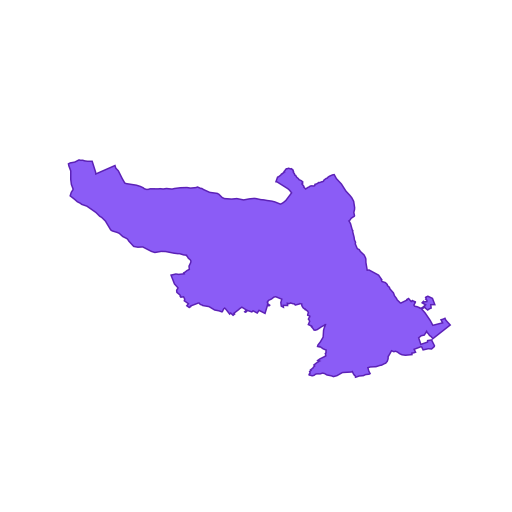 Chinteni, Cluj, Romania, rotated 196°
{"feature_id": "2599482B62695638429632", "entity_name": "Chinteni", "entity_type": "district", "adm_level": 2, "iso_a3": "ROU", "parent_name": "Romania", "parent_adm1": "Cluj", "projection": "robinson", "projection_center": [23.558, 46.886], "detail": "fine", "context": "isolated", "style": "filled", "palette": "violet", "viewbox_px": 512, "rotation_deg": 196, "n_neighbors": 0, "source": "geoboundaries", "source_scale": "gbopen_adm2", "svg_char_len": 6076}
<svg xmlns="http://www.w3.org/2000/svg" viewBox="0 0 512 512"><g transform="rotate(196 256 256)"><path d="M451.2,262.6L445.8,260.4L442.7,258.9L439.5,258.3L437.8,257.6L432.3,257.3L421.8,253.7L417.1,251.1L415.0,250.6L410.4,248.1L402.8,241.0L401.1,240.5L395.8,240.4L393.7,240.1L389.5,238.0L385.2,237.2L384.1,236.8L382.4,235.3L376.2,231.5L372.0,231.9L367.4,233.5L357.8,231.6L354.2,231.5L348.4,234.3L344.1,235.4L335.6,236.1L331.7,236.7L330.1,237.2L326.0,237.1L323.0,237.6L322.9,237.1L322.0,236.7L320.4,235.2L318.1,234.2L317.3,233.4L317.0,232.5L317.0,231.3L317.6,227.8L316.4,224.8L318.3,223.0L319.7,221.0L320.8,219.9L320.1,219.1L325.2,217.0L328.1,216.6L332.4,214.2L326.7,206.7L322.2,203.9L322.3,202.5L322.6,202.3L322.8,201.4L322.7,200.7L322.0,199.2L318.4,197.6L317.4,196.5L317.6,196.2L316.9,195.7L314.4,196.8L312.6,194.9L312.6,193.2L307.8,191.5L308.8,189.1L306.0,188.1L304.9,189.3L305.2,189.6L305.0,190.0L298.6,194.8L297.7,195.1L296.3,194.1L294.2,194.0L293.6,193.7L287.2,194.4L280.9,192.7L276.3,193.1L273.3,192.9L273.0,193.4L272.5,196.2L271.7,197.3L270.1,196.4L265.3,192.9L264.6,194.2L261.7,192.7L260.6,194.3L261.5,194.8L257.7,199.9L257.4,200.6L255.5,202.9L250.2,201.4L251.5,199.3L251.0,199.1L250.7,199.5L250.3,199.3L249.1,201.3L244.6,201.1L243.7,202.5L239.1,201.5L238.1,204.6L231.5,203.3L231.4,211.5L231.1,211.7L229.8,211.7L229.3,212.5L231.0,213.1L231.6,213.0L231.7,214.2L232.3,214.5L232.4,215.2L231.9,215.9L232.0,216.3L231.6,216.9L229.2,219.0L227.5,221.4L225.9,222.3L219.3,221.6L219.3,218.1L217.9,214.8L215.5,214.3L216.2,216.1L212.0,217.1L212.9,219.2L212.0,219.3L211.9,219.0L211.7,219.0L210.1,220.0L209.9,220.4L207.0,220.3L206.2,220.6L204.7,219.7L201.0,221.9L200.8,222.3L198.8,222.5L198.5,221.4L197.7,220.3L196.3,219.1L194.5,218.4L194.3,218.6L193.9,218.0L193.1,218.1L192.6,217.6L191.3,217.4L190.0,215.9L190.2,214.2L190.0,213.3L187.8,213.1L187.5,212.4L188.2,210.6L188.2,209.7L187.6,209.4L186.4,208.0L186.8,204.5L183.3,204.0L182.9,203.8L183.2,203.3L181.3,202.1L179.8,200.8L178.6,201.0L176.9,202.1L173.5,206.1L171.0,208.5L170.7,209.1L170.3,209.2L170.6,205.2L170.6,203.3L169.1,196.5L170.5,191.0L171.9,187.6L171.9,186.0L169.9,186.1L169.7,186.6L165.9,185.3L162.6,184.9L162.4,183.4L162.0,182.4L162.5,181.4L162.0,181.0L161.9,180.0L161.4,179.4L161.4,179.1L166.2,174.7L167.8,172.7L166.4,172.6L166.5,172.4L166.3,172.4L166.7,172.1L166.8,171.5L167.4,171.2L170.3,167.2L169.3,166.4L170.3,164.7L170.2,164.3L172.2,161.5L171.6,161.1L172.6,159.7L171.7,158.5L172.3,157.1L172.3,156.5L172.0,156.2L171.1,156.4L169.1,156.3L168.4,156.6L167.2,157.4L166.4,158.6L165.1,159.5L161.8,160.4L159.7,161.8L157.6,161.9L155.1,161.2L150.4,161.6L148.3,161.4L145.2,163.3L140.8,167.8L132.3,170.8L131.6,171.5L129.8,169.5L128.6,168.7L128.5,168.4L128.1,168.4L127.1,167.6L126.9,166.9L126.7,167.0L123.7,169.1L119.8,170.6L118.0,172.2L114.7,173.6L113.9,174.4L115.8,176.4L117.7,179.5L115.4,180.9L110.1,182.7L106.7,185.0L105.2,185.7L103.0,187.8L101.8,188.7L100.8,191.0L100.7,193.6L101.3,196.0L101.0,196.4L99.6,202.3L97.1,202.0L95.7,202.9L93.6,202.7L91.0,201.7L88.5,201.3L85.0,201.8L78.9,204.2L79.4,205.6L77.5,206.5L76.1,207.5L78.3,209.9L72.4,214.3L71.5,214.1L69.5,211.8L64.8,214.4L61.6,215.0L59.7,218.0L59.7,218.9L63.5,223.0L63.9,223.8L67.7,222.0L67.4,220.5L73.2,216.5L77.1,222.2L75.2,224.9L72.4,226.4L71.2,230.6L70.3,229.5L69.2,229.0L67.2,227.4L65.6,226.9L63.2,225.3L50.3,243.2L55.8,246.6L57.2,248.2L58.5,247.0L60.6,245.7L58.2,243.2L66.9,238.1L70.7,242.0L77.8,247.9L82.6,251.0L81.1,251.8L79.6,253.3L78.7,252.5L76.1,251.4L74.6,253.2L73.3,254.2L74.6,257.4L70.7,258.5L74.7,263.9L79.7,264.7L81.3,263.4L81.5,262.9L81.0,262.7L80.7,261.6L80.9,261.3L79.5,260.6L79.2,259.3L82.3,258.0L82.6,258.4L83.4,256.8L79.5,255.8L81.5,252.7L83.0,251.2L84.4,251.1L84.4,251.4L87.6,251.7L87.9,251.5L89.8,251.5L90.7,252.4L90.1,255.1L90.6,255.2L90.4,255.9L92.1,256.0L93.3,256.3L93.7,255.2L94.4,255.5L94.6,255.2L97.6,257.2L99.0,255.8L98.7,255.3L103.8,250.7L104.4,250.7L108.3,252.8L109.2,253.9L111.9,255.9L113.7,258.4L118.2,261.3L119.2,262.7L121.5,263.8L122.0,264.8L122.8,265.3L124.4,266.1L127.9,266.2L129.0,267.7L128.7,268.0L132.9,271.4L143.4,273.7L145.2,273.0L148.6,280.1L149.6,283.4L150.3,284.5L152.4,286.8L156.9,289.1L158.6,290.6L160.4,290.9L161.1,291.5L163.9,295.0L164.1,296.6L165.8,298.6L166.9,301.1L169.7,305.9L170.0,307.2L170.6,307.5L174.1,313.2L176.3,315.3L175.9,315.6L174.9,318.5L172.5,321.3L172.4,321.8L174.0,324.9L174.1,327.8L174.5,329.6L177.2,335.5L180.0,338.4L182.4,340.1L187.5,343.2L193.7,348.7L200.0,352.5L203.3,355.8L204.9,355.0L207.2,353.1L208.4,351.8L208.9,350.6L209.9,349.9L211.6,347.7L211.7,346.7L212.4,345.8L213.1,345.6L214.9,344.2L216.2,343.8L216.4,343.3L217.5,342.1L219.1,341.1L218.9,340.1L219.0,339.7L220.1,339.1L221.8,338.8L223.2,338.1L223.9,337.1L224.9,336.3L226.8,334.1L229.1,335.4L229.1,336.1L231.4,337.7L231.1,338.3L231.8,338.7L231.4,340.0L233.0,340.8L235.8,341.3L236.5,342.0L238.6,342.9L240.1,344.4L241.1,344.5L241.9,345.9L242.9,346.4L243.2,346.9L243.1,347.3L243.9,348.1L243.9,348.6L244.4,349.0L245.1,349.1L245.8,349.7L246.3,349.3L249.0,349.3L250.0,348.5L250.9,348.2L251.5,346.9L251.7,346.0L252.2,345.1L252.0,344.8L252.3,344.8L252.4,343.6L253.2,342.9L253.4,342.2L254.1,341.9L254.5,340.6L256.3,338.2L257.0,337.8L257.3,332.9L256.0,333.0L244.0,329.5L241.9,328.5L239.2,326.5L242.6,317.6L244.3,315.1L245.5,313.7L246.9,312.6L252.9,313.2L255.9,313.1L260.7,312.4L264.0,312.1L266.9,311.5L271.7,311.2L273.5,310.9L278.1,309.1L283.3,306.5L290.3,305.9L295.1,304.0L302.2,302.5L304.7,302.9L308.7,305.1L310.5,305.5L318.1,304.4L324.7,305.4L326.8,306.0L327.7,305.7L331.2,306.2L332.6,305.2L337.7,303.2L341.2,302.8L347.4,300.8L353.0,298.4L355.1,297.2L360.7,296.2L363.7,294.8L366.7,294.3L368.4,293.6L376.3,291.4L378.0,290.3L379.8,289.8L381.9,289.9L383.3,290.5L386.5,291.0L390.5,291.1L400.9,289.8L402.3,290.0L406.0,293.6L411.8,299.9L415.0,301.8L416.5,304.1L432.6,290.7L433.3,292.4L439.6,301.9L444.2,300.6L447.0,300.2L448.9,300.3L451.1,299.6L452.6,299.6L456.1,296.3L460.2,294.3L461.7,292.9L460.7,291.0L457.5,286.7L455.2,278.6L453.2,273.9L450.3,270.0L450.2,269.2L451.1,266.3L451.2,262.6Z" fill="#8b5cf6" stroke="#5b21b6" stroke-width="1.5"/></g></svg>